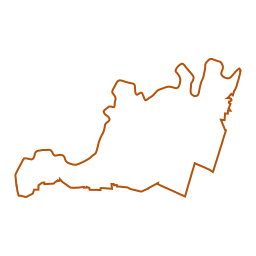 the district of Briseñas, Michoacán, Mexico
{"feature_id": "50627088B59438418700927", "entity_name": "Briseñas", "entity_type": "district", "adm_level": 2, "iso_a3": "MEX", "parent_name": "Mexico", "parent_adm1": "Michoacán", "projection": "equal_earth", "projection_center": [-102.591, 20.243], "detail": "fine", "context": "isolated", "style": "outline", "palette": "amber", "viewbox_px": 256, "rotation_deg": 0, "n_neighbors": 0, "source": "geoboundaries", "source_scale": "gbopen_adm2", "svg_char_len": 5755}
<svg xmlns="http://www.w3.org/2000/svg" viewBox="0 0 256 256"><path d="M118.0,81.0L117.3,81.7L116.8,82.4L116.2,83.5L113.6,88.3L112.7,90.1L112.3,91.3L112.3,91.8L112.3,92.4L112.5,93.0L112.9,93.5L113.8,94.6L114.5,95.6L114.9,96.3L115.2,97.0L115.4,97.7L115.6,98.8L115.6,99.3L115.4,100.0L114.9,102.1L114.8,103.0L114.6,105.4L114.6,105.9L114.4,106.4L114.2,106.9L113.7,107.2L113.1,107.2L112.4,107.0L111.9,106.8L111.2,106.6L110.0,106.5L109.4,106.6L109.0,106.7L108.5,106.9L107.7,107.6L106.4,108.6L104.5,110.1L104.1,110.6L104.0,110.9L103.8,111.2L103.7,111.6L103.9,112.3L104.1,112.9L104.5,113.6L105.1,114.4L106.5,115.4L107.2,115.9L108.0,116.5L108.8,117.5L109.2,118.1L109.4,118.6L109.5,118.9L109.5,119.2L109.4,119.7L109.2,120.3L108.9,120.8L108.6,121.2L108.1,121.6L107.6,122.0L107.1,122.3L106.7,122.6L106.3,123.0L105.9,123.4L105.6,123.9L105.4,124.1L105.1,124.7L105.0,125.0L104.9,125.6L104.8,126.4L104.6,127.7L104.3,129.2L103.9,130.5L103.7,131.1L103.5,131.8L102.6,133.7L101.2,136.2L99.9,139.3L98.9,141.9L98.5,143.5L98.0,145.6L96.8,150.2L96.4,151.5L96.0,152.6L95.5,153.3L95.1,153.8L92.7,155.5L90.2,157.7L88.9,158.7L87.6,159.5L86.2,160.3L84.5,161.2L82.9,162.0L79.5,163.6L78.3,164.1L76.9,164.5L76.0,164.8L75.1,164.7L74.1,164.7L73.0,164.5L70.8,163.9L68.7,163.2L67.0,162.2L66.4,161.6L65.8,160.8L65.4,160.1L65.0,159.0L64.8,158.2L64.5,157.4L64.0,156.6L63.3,155.8L62.8,155.4L62.2,155.2L61.7,155.0L61.0,154.9L60.2,154.9L59.0,155.0L58.0,155.1L57.1,155.3L56.2,155.5L55.6,155.6L55.0,155.6L54.4,155.3L54.0,155.0L53.5,154.6L53.2,154.1L52.8,153.4L52.5,152.8L52.2,152.1L51.8,151.5L51.4,150.9L50.9,150.5L50.5,150.2L50.0,150.0L49.6,149.9L49.0,149.8L48.3,149.9L47.5,149.9L44.4,150.0L42.9,150.0L41.0,150.3L38.9,150.6L38.2,150.8L37.5,151.0L36.9,151.2L36.3,151.6L35.9,152.0L35.6,152.3L35.3,152.7L34.9,153.9L34.5,155.6L34.1,156.6L33.8,157.5L33.4,158.1L33.0,158.6L32.5,159.0L31.7,159.4L31.0,159.4L29.6,159.0L25.5,158.3L24.1,158.4L23.0,159.9L20.1,165.5L19.1,167.2L16.6,172.1L15.4,174.7L15.4,174.8L15.7,178.4L15.9,180.0L16.4,185.6L16.7,185.5L17.4,191.1L18.7,195.7L20.9,195.8L24.1,196.6L25.9,197.0L26.9,196.7L28.8,195.6L30.3,194.9L32.4,193.8L32.9,193.4L33.3,192.1L33.8,190.6L34.1,189.7L35.8,189.7L38.4,189.7L38.5,187.2L38.5,185.3L42.2,182.7L44.0,182.5L44.3,182.5L44.3,184.1L46.9,184.0L52.3,183.7L53.5,183.7L54.8,182.5L56.5,181.2L57.4,180.6L57.4,181.1L60.1,180.7L60.0,179.3L62.6,182.1L70.5,187.6L70.9,187.6L73.6,187.8L78.7,187.6L81.4,187.2L83.8,187.0L83.9,187.6L86.6,187.6L86.7,186.9L89.3,187.9L89.6,189.8L92.2,189.9L95.0,189.9L96.7,189.8L97.7,190.0L100.5,190.1L100.5,188.3L101.0,188.0L103.0,188.1L112.0,188.8L111.5,184.0L113.8,184.1L114.1,185.3L116.8,185.0L117.0,186.5L119.6,186.6L124.8,187.2L127.6,187.4L130.3,189.0L141.2,191.6L141.8,191.4L148.4,188.5L148.6,188.4L148.6,188.0L149.5,187.6L149.9,187.3L150.0,187.3L156.5,183.8L158.1,183.0L158.0,184.2L158.2,184.3L160.6,185.5L168.3,188.9L169.5,189.5L171.7,190.4L179.4,194.0L180.5,194.5L182.7,195.4L185.0,196.5L185.9,193.6L188.1,185.8L189.8,180.2L190.6,177.5L191.3,174.9L193.8,166.6L194.7,163.2L195.6,163.6L205.3,167.8L209.8,169.9L210.5,170.4L212.3,171.6L212.6,171.6L212.8,171.8L213.0,171.2L213.2,171.3L214.7,166.4L216.1,161.9L216.2,161.7L217.4,157.8L218.3,155.0L219.2,152.1L220.1,149.2L222.0,143.1L223.2,139.2L224.0,136.3L225.0,133.5L225.9,130.3L225.1,130.0L220.9,119.7L224.5,120.2L225.1,113.4L227.8,113.7L228.0,110.5L230.4,110.7L229.0,108.4L228.7,108.3L230.5,103.9L229.1,103.1L228.9,102.5L229.1,101.6L229.6,101.7L231.4,100.4L231.5,100.1L231.1,98.8L230.0,98.5L229.8,98.2L229.7,98.1L227.5,98.1L227.8,97.9L231.2,94.0L232.8,95.3L234.2,90.8L234.8,90.1L236.3,87.0L237.4,83.0L238.3,80.1L240.2,73.0L240.2,72.4L240.0,71.4L240.6,70.9L240.6,70.3L239.6,68.8L239.2,68.5L238.3,69.2L237.0,70.3L235.9,71.3L235.2,72.2L234.1,73.5L232.7,75.1L231.7,76.2L230.7,77.2L229.8,77.8L228.9,78.1L228.2,78.3L227.0,78.3L225.9,78.0L225.0,77.7L223.5,76.8L222.9,76.4L222.2,75.7L221.7,74.9L221.3,74.3L221.2,73.5L221.3,72.9L221.7,71.4L222.5,69.5L222.7,68.8L222.9,67.8L222.9,67.0L222.8,66.2L222.6,65.5L222.3,64.7L221.7,63.6L221.3,62.9L220.7,62.3L220.2,61.9L219.3,61.5L216.9,60.8L214.5,59.9L212.4,59.1L211.7,59.0L210.5,59.0L210.0,59.2L209.4,59.4L208.7,60.0L207.9,60.8L207.0,61.7L206.4,62.4L205.9,63.1L205.3,64.4L205.2,65.0L205.2,66.2L205.2,67.7L205.0,69.2L204.5,71.5L203.4,77.0L202.6,79.1L201.5,81.4L200.7,83.9L200.1,86.2L199.6,88.6L199.1,91.3L198.8,93.0L198.5,93.8L198.0,94.6L197.6,95.3L196.7,95.8L195.8,96.0L194.5,96.1L193.5,95.7L192.4,94.9L191.7,94.5L190.9,93.1L190.7,92.2L190.6,90.7L191.0,86.1L191.0,85.2L191.1,84.1L191.3,83.2L191.5,82.7L192.3,81.7L193.0,80.3L193.3,79.2L193.5,78.6L193.6,77.9L193.5,77.0L193.3,76.3L193.1,75.9L191.5,73.9L191.0,73.2L190.3,72.5L189.7,71.7L187.4,69.0L186.5,68.0L185.8,67.1L185.2,66.3L184.7,65.5L184.2,65.0L183.7,64.5L183.2,64.1L182.8,63.9L182.3,63.8L181.9,63.7L181.3,63.9L179.4,65.1L178.2,66.2L176.5,68.3L176.1,69.2L175.7,70.2L175.6,70.6L175.7,71.2L175.8,71.7L177.6,73.7L178.7,75.2L179.5,76.6L179.9,77.6L180.2,78.6L180.3,79.6L180.2,81.1L180.0,82.4L179.8,83.5L179.4,84.9L179.0,86.0L178.4,87.0L177.6,87.7L176.8,88.1L175.8,88.1L174.7,87.9L171.4,87.0L170.1,86.8L169.1,86.7L168.2,86.7L167.0,86.9L165.7,87.3L161.0,89.0L160.0,89.3L159.1,89.7L158.1,90.2L157.3,90.8L156.4,91.7L155.3,92.9L154.4,93.9L153.5,94.9L152.6,95.7L151.1,96.8L149.9,97.5L148.7,98.2L147.9,99.0L146.7,99.8L146.1,100.1L145.7,100.2L145.3,100.1L144.7,99.3L144.3,98.5L143.2,95.7L142.6,94.2L142.1,93.3L141.6,92.8L141.0,92.7L140.3,92.8L139.7,93.2L138.5,94.0L137.6,94.5L137.0,94.7L136.5,94.6L136.1,94.1L135.6,93.2L135.3,92.2L135.2,90.9L135.1,89.4L134.9,86.5L134.8,85.5L134.5,84.9L134.1,84.2L133.7,83.9L132.9,83.6L132.1,83.4L129.1,82.8L127.5,82.4L126.3,82.1L125.3,81.8L123.9,81.3L122.4,80.8L121.2,80.5L120.2,80.4L119.4,80.4L118.7,80.6L118.0,81.0Z" fill="none" stroke="#b45309" stroke-width="2"/></svg>